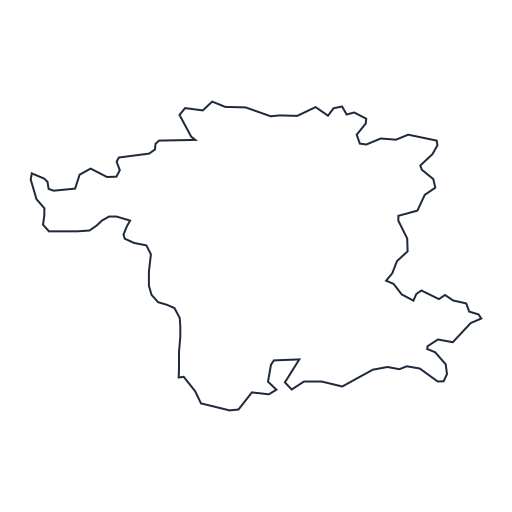 the border of Worcestershire
{"feature_id": "GBR-2776", "entity_name": "Worcestershire", "entity_type": "Administrative County", "adm_level": 1, "iso_a3": "GBR", "parent_name": "United Kingdom", "parent_adm1": "", "projection": "equal_earth", "projection_center": [-2.174, 52.204], "detail": "fine", "context": "isolated", "style": "outline", "palette": "slate", "viewbox_px": 512, "rotation_deg": 0, "n_neighbors": 0, "source": "natural_earth", "source_scale": "10m", "svg_char_len": 1729}
<svg xmlns="http://www.w3.org/2000/svg" viewBox="0 0 512 512"><path d="M481.3,318.5L470.8,323.0L452.8,342.2L437.9,339.5L427.6,346.2L427.2,349.0L435.1,352.2L445.7,364.3L447.0,374.0L443.6,381.3L437.7,381.5L419.7,368.5L406.8,366.3L399.4,369.2L387.4,367.0L372.8,369.7L342.2,386.5L321.4,381.5L304.0,381.5L291.7,389.5L284.9,382.4L299.3,359.4L273.9,360.4L271.0,364.7L268.0,381.7L276.4,389.7L268.9,394.3L251.9,392.4L238.5,409.5L229.6,410.4L201.0,403.4L195.2,391.3L183.7,376.8L178.7,377.5L179.0,368.3L179.0,351.8L180.3,336.9L180.3,326.1L179.7,317.9L174.4,308.0L166.6,304.7L158.1,302.2L151.5,294.8L148.9,285.7L148.9,271.7L150.9,254.4L146.4,245.4L133.9,242.9L124.8,238.7L123.5,234.6L126.8,226.4L130.1,220.6L116.3,216.5L109.1,216.5L101.9,220.6L96.6,225.6L89.5,230.5L77.7,231.3L62.0,231.3L48.9,231.3L43.0,224.7L44.3,215.7L44.4,208.3L36.5,199.2L30.7,179.5L31.8,173.4L44.2,178.6L47.5,181.8L48.6,188.9L53.7,190.7L75.1,188.6L79.6,174.7L90.6,168.6L107.0,177.0L116.4,176.7L119.8,170.2L116.6,161.7L118.9,157.5L149.1,153.6L155.0,149.5L155.5,143.8L159.1,140.6L195.3,139.9L191.2,136.7L179.5,114.9L185.1,108.1L202.8,110.4L212.2,101.6L225.2,106.9L245.6,107.4L270.7,116.3L279.5,115.4L297.2,115.9L315.6,107.1L328.0,115.7L333.5,108.3L342.1,106.5L346.6,114.5L354.2,112.5L366.2,118.7L365.8,123.5L356.7,134.7L359.8,143.6L366.3,144.5L380.7,138.5L396.0,139.7L408.2,134.7L436.7,140.6L437.4,145.4L432.5,154.1L420.3,165.5L421.8,169.7L433.3,179.1L435.3,187.7L424.8,194.8L417.4,210.6L398.4,215.8L398.3,220.6L407.2,238.5L407.6,251.3L397.0,261.1L392.2,273.4L386.1,280.7L393.6,283.9L401.7,294.4L413.4,300.6L416.4,293.9L421.4,290.5L438.9,299.1L445.0,295.0L453.2,300.5L466.2,303.4L469.2,311.6L478.5,314.4L481.3,318.5Z" fill="none" stroke="#1e293b" stroke-width="2"/></svg>